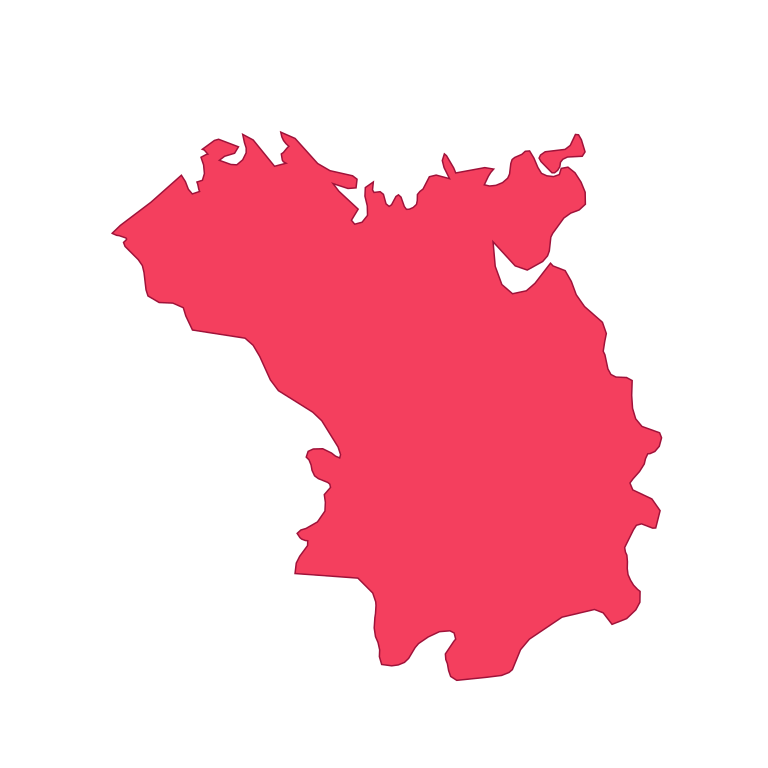 map outline of Kymenlaakso (orthographic projection), rotated 190°
{"feature_id": "FIN-3187", "entity_name": "Kymenlaakso", "entity_type": "Province", "adm_level": 1, "iso_a3": "FIN", "parent_name": "Finland", "parent_adm1": "", "projection": "orthographic", "projection_center": [26.947, 60.833], "detail": "fine", "context": "isolated", "style": "filled", "palette": "rose", "viewbox_px": 768, "rotation_deg": 190, "n_neighbors": 0, "source": "natural_earth", "source_scale": "10m", "svg_char_len": 3825}
<svg xmlns="http://www.w3.org/2000/svg" viewBox="0 0 768 768"><g transform="rotate(190 384 384)"><path d="M677.9,485.2L671.2,494.4L645.1,522.5L619.8,554.4L614.7,548.8L610.5,541.8L605.8,537.9L599.0,541.6L600.2,543.6L602.1,548.4L603.3,550.4L598.2,553.1L597.4,560.0L599.7,568.4L603.6,575.5L599.1,579.0L597.4,579.8L601.6,583.2L603.7,583.6L593.3,594.4L589.4,596.3L568.5,592.3L571.2,585.3L580.5,580.6L585.0,575.7L572.9,573.6L567.0,574.3L562.1,580.2L559.9,587.7L560.7,592.5L563.3,597.4L566.5,605.3L555.2,601.6L529.6,579.4L518.8,584.4L521.7,585.4L523.0,586.8L525.1,592.7L523.3,594.5L520.6,599.3L519.0,601.6L522.3,603.7L525.2,606.3L527.5,609.6L529.4,614.1L514.2,610.4L487.6,589.6L474.2,584.7L451.1,583.6L446.1,581.0L445.6,572.3L453.4,570.3L469.0,572.5L461.9,566.0L439.8,551.7L444.5,539.6L440.6,536.3L433.7,539.5L429.5,547.2L431.4,556.5L435.4,565.7L436.5,574.2L429.6,581.1L429.0,573.1L427.1,570.9L421.2,572.7L417.5,570.7L413.3,561.8L409.8,559.8L407.7,561.8L404.8,570.7L402.6,572.8L399.7,571.0L394.8,562.3L392.2,559.9L389.5,560.5L385.9,562.9L383.2,566.5L383.1,570.5L384.0,576.4L382.1,579.8L379.4,582.8L375.3,596.0L368.9,598.8L355.1,597.6L362.4,607.5L365.4,614.2L364.5,621.1L362.1,619.7L352.9,608.9L350.0,604.3L322.3,614.6L313.3,614.7L315.6,610.9L317.3,606.7L319.8,597.6L314.4,597.3L308.2,599.1L302.2,602.9L297.9,608.2L296.8,612.6L297.4,623.2L296.8,627.3L294.6,629.8L288.1,634.1L285.3,637.7L281.1,638.8L275.6,632.5L270.1,624.0L265.5,618.8L259.8,617.3L253.0,617.7L247.7,620.7L246.9,627.1L240.5,629.5L232.6,625.2L225.0,617.0L219.2,607.8L216.9,596.0L222.0,589.3L229.8,584.7L235.7,578.7L244.0,561.7L245.2,557.6L244.3,543.7L245.2,538.6L249.0,532.2L262.7,521.1L275.3,523.1L301.3,543.0L294.9,519.2L285.2,502.4L273.1,495.2L260.0,500.5L252.8,509.4L241.0,531.9L238.0,529.6L225.3,527.1L217.3,517.5L210.2,505.3L200.0,495.1L179.6,482.7L173.8,472.3L174.0,463.9L173.8,454.3L171.5,451.1L166.1,437.7L162.2,432.8L156.8,431.1L146.3,432.5L140.2,430.5L138.1,415.8L135.0,403.2L130.1,393.4L122.6,387.0L104.1,383.8L101.3,379.2L102.1,370.4L105.5,364.6L110.0,361.6L112.1,361.1L113.5,355.9L113.8,350.4L117.2,342.1L122.2,334.0L124.6,329.2L120.6,322.9L100.2,317.3L90.1,307.2L91.4,289.4L94.4,288.7L106.1,291.0L110.9,288.7L113.0,283.8L118.6,264.7L117.0,260.3L115.1,257.6L113.4,251.3L112.4,244.5L110.6,238.7L107.1,233.5L103.3,229.2L98.7,225.8L95.8,224.2L94.1,213.5L96.8,205.3L104.3,195.1L117.7,186.9L128.4,196.7L137.6,198.5L168.2,185.3L196.5,158.0L203.4,146.1L208.0,125.0L210.8,121.6L217.6,117.4L232.3,112.9L260.9,104.8L267.6,107.6L270.6,113.0L273.0,119.6L275.3,123.4L276.7,128.8L270.5,142.8L269.1,145.2L271.7,151.0L276.2,152.4L286.4,149.7L296.5,142.6L304.9,134.4L307.6,129.8L312.1,118.0L315.5,113.4L321.2,109.8L327.5,107.8L337.6,107.4L341.2,114.7L342.1,121.4L345.0,128.4L348.5,133.7L351.3,142.1L352.4,152.3L352.5,156.4L353.4,164.4L354.3,168.0L358.8,176.2L376.0,188.3L438.7,181.9L439.3,192.4L437.1,199.7L431.2,211.6L431.9,216.4L434.3,216.2L438.3,217.0L440.1,218.1L443.6,221.8L440.5,225.8L435.7,228.2L425.6,236.6L420.1,248.6L421.2,257.3L423.6,264.7L418.7,272.9L420.0,276.0L422.3,277.3L432.2,279.4L436.4,281.5L439.9,286.5L441.8,291.7L444.7,296.3L447.9,298.5L447.0,304.5L442.4,307.7L433.1,309.6L423.7,306.9L419.2,304.5L414.8,303.5L414.5,306.9L418.3,314.0L438.9,337.0L449.3,343.9L486.8,359.1L496.6,368.3L511.2,389.6L519.6,399.4L528.8,405.0L582.0,403.9L591.0,416.6L594.9,424.3L606.1,427.0L619.6,425.2L631.7,429.7L634.7,435.4L639.7,452.1L642.5,458.6L647.6,463.8L662.9,474.5L665.1,478.2L663.8,479.9L662.9,481.2L662.6,482.0L663.5,483.0L670.5,484.1L673.2,484.0L677.7,485.1L677.9,485.2ZM255.3,621.2L268.0,630.3L270.5,633.4L269.6,636.7L265.6,640.7L246.4,646.5L242.0,651.3L238.8,663.0L235.7,663.2L232.0,658.8L226.3,647.5L228.3,642.7L242.7,639.4L246.9,636.4L248.7,633.0L248.6,628.5L250.1,624.6L252.7,621.6L255.3,621.2Z" fill="#f43f5e" stroke="#9f1239" stroke-width="1.5"/></g></svg>